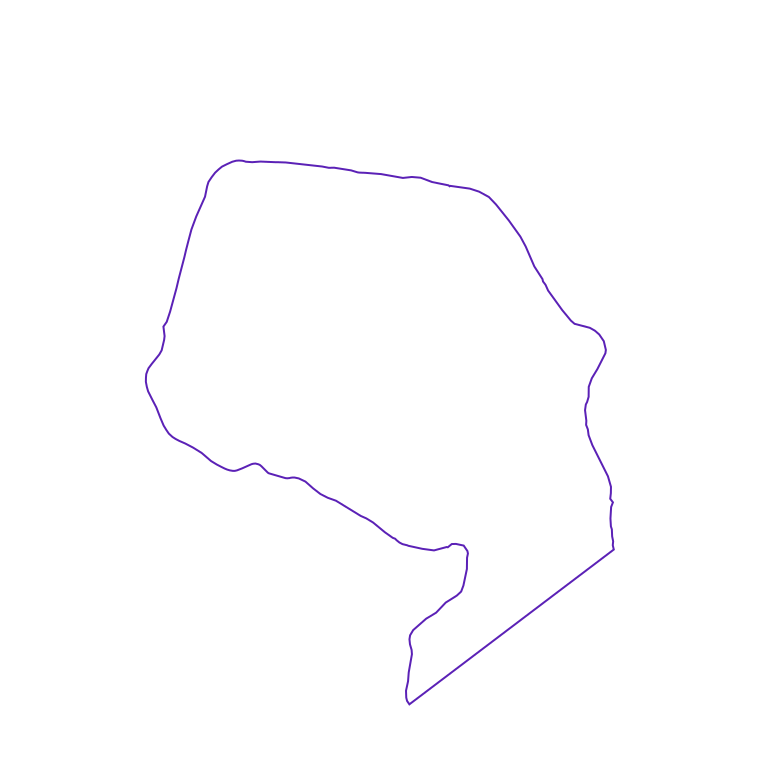 San Mateo Ixtatán, Huehuetenango, Guatemala (Robinson projection), rotated 143°
{"feature_id": "79465075B68216544960730", "entity_name": "San Mateo Ixtatán", "entity_type": "district", "adm_level": 2, "iso_a3": "GTM", "parent_name": "Guatemala", "parent_adm1": "Huehuetenango", "projection": "robinson", "projection_center": [-91.419, 15.932], "detail": "fine", "context": "isolated", "style": "outline", "palette": "violet", "viewbox_px": 768, "rotation_deg": 143, "n_neighbors": 0, "source": "geoboundaries", "source_scale": "gbopen_adm2", "svg_char_len": 2410}
<svg xmlns="http://www.w3.org/2000/svg" viewBox="0 0 768 768"><g transform="rotate(143 384 384)"><path d="M556.5,112.9L300.1,113.5L298.3,117.6L295.7,120.4L293.5,125.0L289.5,130.8L288.5,133.7L284.1,140.3L276.6,149.1L272.4,151.7L272.4,156.2L268.5,160.3L264.6,165.3L260.7,175.5L254.4,209.8L251.4,220.0L248.5,225.1L247.2,229.7L244.5,232.9L239.2,242.1L235.1,246.2L232.6,247.4L228.3,250.6L222.2,258.5L214.6,263.5L204.6,267.5L188.7,275.3L186.3,277.7L182.7,285.9L182.3,294.0L183.5,299.7L185.8,305.0L195.6,317.4L196.6,322.2L197.2,335.8L196.7,359.9L195.3,366.0L195.3,370.2L194.3,372.4L193.2,387.4L188.1,408.5L186.4,419.6L185.9,439.6L186.5,460.0L187.7,470.2L192.3,480.4L197.9,488.4L211.8,502.3L212.6,502.4L212.9,503.8L224.0,516.3L230.6,526.7L237.2,532.6L244.9,537.2L260.0,553.4L272.3,564.3L274.2,565.8L276.6,567.8L277.7,568.9L281.7,574.4L293.7,586.8L297.9,589.8L302.5,594.9L329.1,620.0L336.0,625.6L337.0,626.3L348.8,636.0L355.8,640.5L360.6,644.7L361.4,645.9L362.8,647.6L365.4,649.8L367.7,651.3L371.4,652.8L377.2,654.1L382.6,655.1L387.0,654.9L391.7,654.4L397.1,652.9L402.6,651.0L406.3,648.3L414.2,641.3L433.1,630.8L444.8,623.3L454.6,615.6L461.5,610.1L466.9,605.6L484.6,591.6L492.2,585.3L511.3,570.5L520.1,564.4L525.6,562.6L530.4,554.3L533.1,551.5L541.3,544.7L545.7,542.8L557.5,539.8L562.6,538.3L565.3,536.7L567.9,535.0L570.4,532.2L572.9,529.0L575.1,524.5L576.8,520.1L578.6,510.2L579.9,502.4L583.1,491.1L585.0,483.4L585.5,478.2L585.7,473.9L584.8,469.0L583.5,465.5L581.7,461.7L578.5,456.0L574.8,448.2L571.1,438.6L568.5,426.6L566.0,420.3L563.8,415.7L562.2,412.5L560.8,410.1L559.1,407.8L556.9,405.5L555.4,404.4L553.4,403.5L548.1,402.0L538.1,399.7L536.6,399.1L534.6,397.9L532.8,395.7L531.9,394.2L531.4,392.2L530.2,383.5L529.9,382.3L529.2,381.3L519.4,368.2L518.0,366.9L516.2,365.8L515.0,365.3L513.4,364.4L511.7,363.1L508.9,359.9L505.5,353.4L503.4,343.2L501.0,334.4L497.4,327.0L492.6,319.7L482.0,292.7L479.0,287.3L476.1,280.0L472.5,265.0L469.6,255.9L468.2,253.7L468.0,251.8L467.1,248.2L465.6,245.0L462.5,241.2L461.9,240.1L452.6,229.3L444.2,221.0L432.1,216.1L431.3,215.2L426.2,215.4L422.8,213.0L417.6,207.0L417.9,200.4L419.0,198.1L422.2,195.3L429.1,186.4L441.8,175.3L447.3,171.8L453.2,171.2L466.2,172.3L480.0,170.0L491.6,171.2L508.8,169.9L514.4,167.6L517.3,164.8L519.9,160.5L522.0,155.0L524.3,151.4L537.8,138.8L543.7,132.1L551.0,125.8L555.0,120.1L556.3,117.0L556.5,112.9Z" fill="none" stroke="#5b21b6" stroke-width="2"/></g></svg>